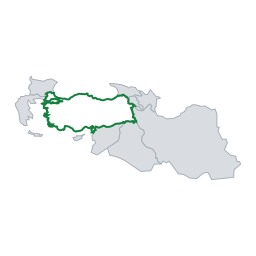 Turkey shown with its bordering countries
{"feature_id": "TUR", "entity_name": "Turkey", "entity_type": "country or territory", "adm_level": 0, "iso_a3": "TUR", "parent_name": "Asia", "parent_adm1": "", "projection": "orthographic", "projection_center": [34.29, 38.962], "detail": "fine", "context": "with_neighbors", "style": "outline", "palette": "green", "viewbox_px": 256, "rotation_deg": 0, "n_neighbors": 9, "source": "natural_earth", "source_scale": "50m", "svg_char_len": 9123}
<svg xmlns="http://www.w3.org/2000/svg" viewBox="0 0 256 256"><path d="M109.8,155.3L107.3,147.8L118.5,140.5L120.0,132.8L119.2,128.2L121.8,126.4L124.0,122.3L126.1,121.1L132.0,121.3L133.9,122.7L136.1,121.4L140.2,128.5L143.7,130.0L144.5,133.6L142.2,136.1L141.6,141.1L145.8,146.6L152.6,149.1L155.9,153.5L155.6,158.1L157.3,157.8L157.7,161.1L161.1,163.9L154.2,164.2L150.9,170.7L140.8,171.4L124.6,160.4L116.3,156.6L109.8,155.3Z" fill="#d9dde1" stroke="#a8b0b8" stroke-width="1"/><path d="M161.1,163.9L157.7,161.1L157.3,157.8L155.6,158.1L155.9,153.5L152.6,149.1L145.8,146.6L141.6,141.1L142.2,136.1L144.5,133.6L143.7,130.0L140.2,128.5L132.9,116.7L133.6,114.6L131.3,107.6L134.4,105.4L135.5,107.7L138.2,110.3L141.7,110.7L143.4,110.3L148.4,104.9L150.1,104.1L151.8,105.8L150.6,109.1L154.1,111.9L155.2,111.4L157.5,115.8L162.3,116.3L166.2,118.8L173.3,118.5L180.4,115.3L180.6,113.7L184.5,111.6L187.0,107.2L190.2,106.6L191.9,105.0L195.3,104.7L201.2,106.4L205.0,106.0L211.7,109.9L215.1,109.0L216.9,114.0L216.9,127.0L219.2,127.2L218.1,131.2L222.2,139.3L226.0,139.1L227.4,142.9L224.3,149.7L230.3,155.1L235.6,156.2L237.0,161.4L239.6,161.6L240.6,164.2L234.1,169.7L233.7,177.3L211.7,179.6L208.2,172.7L205.5,172.3L201.6,174.4L196.8,178.6L190.0,178.1L183.9,174.6L178.5,173.8L169.1,161.2L166.4,162.7L162.7,161.2L161.1,163.9Z" fill="#d9dde1" stroke="#a8b0b8" stroke-width="1"/><path d="M91.2,152.5L92.9,145.5L95.7,143.0L94.8,140.6L92.5,140.3L91.9,135.5L95.8,130.0L96.0,126.5L97.7,127.7L103.2,125.7L105.9,126.8L110.1,126.6L115.7,123.8L124.0,122.3L121.8,126.4L119.2,128.2L120.0,132.8L118.5,140.5L97.2,154.9L91.2,152.5Z" fill="#d9dde1" stroke="#a8b0b8" stroke-width="1"/><path d="M143.4,110.3L141.7,110.7L139.1,106.4L137.0,106.7L135.4,105.1L128.6,102.6L128.7,99.5L127.7,97.4L134.1,95.7L137.2,98.1L136.5,99.8L139.2,101.6L138.2,103.8L142.7,106.0L143.4,110.3Z" fill="#d9dde1" stroke="#a8b0b8" stroke-width="1"/><path d="M31.2,76.4L32.1,79.2L43.8,81.3L46.2,79.9L51.7,78.9L57.4,82.3L54.8,84.7L52.8,89.1L54.0,92.8L50.1,91.7L45.2,93.3L44.8,96.4L40.5,96.6L37.4,94.0L33.5,95.3L30.1,94.7L30.3,90.6L28.3,88.2L29.1,87.5L28.7,86.7L29.8,84.8L31.8,83.0L30.0,80.0L29.9,77.7L31.2,76.4Z" fill="#d9dde1" stroke="#a8b0b8" stroke-width="1"/><path d="M42.4,134.5L41.6,136.3L34.2,136.1L34.3,135.0L28.2,133.1L29.5,130.6L32.0,133.0L39.8,133.9L39.5,135.0L42.4,134.5ZM30.1,94.7L33.5,95.3L37.4,94.0L40.5,96.6L44.8,96.4L45.2,93.3L47.3,95.1L45.5,98.9L44.3,99.6L39.0,98.3L33.1,99.3L36.0,103.2L30.8,103.6L28.7,100.1L27.6,101.3L28.2,105.2L30.2,108.5L28.3,109.6L32.8,114.9L32.5,118.5L28.1,116.3L29.2,119.7L26.0,119.9L27.2,125.7L23.9,125.4L20.2,122.1L18.8,112.5L15.4,105.4L15.4,103.6L18.0,100.9L18.6,98.9L20.3,98.2L20.6,96.6L23.8,96.5L25.7,95.4L28.2,95.8L30.1,94.7Z" fill="#d9dde1" stroke="#a8b0b8" stroke-width="1"/><path d="M139.2,92.0L141.6,91.0L145.3,94.4L147.4,94.5L150.3,89.8L156.4,96.8L158.6,96.7L160.3,98.1L156.6,99.3L156.1,106.6L154.6,108.3L155.2,111.4L154.1,111.9L150.6,109.1L151.8,105.8L150.1,104.1L148.4,104.9L143.4,110.3L142.7,106.0L138.2,103.8L139.2,101.6L136.5,99.8L137.2,98.1L134.1,95.7L135.1,94.5L141.4,95.9L141.9,95.1L139.2,92.0ZM141.7,110.7L138.2,110.3L135.5,107.7L134.4,105.4L135.4,105.1L137.0,106.7L139.1,106.4L141.7,110.7Z" fill="#d9dde1" stroke="#a8b0b8" stroke-width="1"/><path d="M109.6,84.0L110.1,83.3L120.8,84.5L127.4,86.9L128.3,88.0L131.0,86.7L135.4,87.5L137.1,89.9L140.2,91.0L139.2,92.0L141.9,95.1L141.4,95.9L138.8,95.9L135.1,94.5L134.1,95.7L127.7,97.4L122.9,94.7L117.9,95.5L118.4,92.7L116.8,88.5L114.0,86.4L111.4,85.9L109.6,84.0Z" fill="#d9dde1" stroke="#a8b0b8" stroke-width="1"/><path d="M82.1,138.3L76.7,140.8L74.2,140.0L73.0,137.4L75.9,137.2L76.6,135.7L80.4,135.8L85.0,133.9L81.6,136.6L82.1,138.3Z" fill="#d9dde1" stroke="#a8b0b8" stroke-width="1"/><path d="M117.7,95.6L118.6,95.8L119.0,96.0L119.7,95.6L121.0,95.5L122.2,95.7L122.4,95.5L122.6,94.9L122.8,94.8L123.1,94.7L123.5,94.7L123.7,94.8L123.9,95.2L124.3,95.3L125.1,96.0L125.5,96.2L125.6,96.3L125.5,96.5L125.8,96.9L126.2,96.9L126.6,96.9L126.8,96.9L126.9,97.1L127.0,97.4L127.1,97.6L127.4,98.0L127.8,98.2L128.0,98.4L128.4,99.2L128.6,99.7L128.6,100.1L128.4,100.6L128.0,101.2L128.3,101.8L128.3,102.0L128.7,102.7L128.9,103.1L128.8,103.3L128.7,103.4L129.4,103.7L130.1,103.9L130.4,104.0L131.2,103.7L131.8,103.6L132.3,103.9L133.2,104.5L134.1,105.2L134.6,105.8L134.4,105.8L133.4,105.2L133.1,105.5L132.8,105.9L132.7,107.5L132.4,107.7L131.4,107.7L131.0,107.8L130.9,107.9L131.2,108.3L131.3,108.9L131.6,109.1L131.9,109.3L131.9,109.9L131.8,110.3L132.0,110.7L132.3,111.1L132.5,111.2L132.5,112.1L132.7,112.4L132.8,113.0L132.9,113.8L133.0,114.0L133.6,114.1L133.7,114.3L133.5,114.8L133.4,115.5L133.3,115.8L133.0,116.2L132.9,116.7L132.9,117.1L132.9,117.3L133.5,117.3L133.8,117.5L134.7,117.9L134.9,118.1L134.7,118.5L134.8,118.8L134.9,119.1L135.0,119.9L135.7,120.3L136.2,120.6L136.2,120.8L136.0,121.1L136.1,121.6L135.9,121.5L135.3,121.5L134.4,122.3L133.8,122.9L133.6,122.9L133.5,122.7L133.4,122.5L133.3,121.5L133.2,121.2L132.8,121.0L132.3,120.9L131.9,121.3L131.4,121.6L130.6,121.7L129.8,121.6L128.8,121.3L128.5,121.3L127.7,121.1L126.9,121.4L126.6,121.4L126.1,121.2L125.9,121.3L125.5,122.0L124.6,122.9L124.2,123.0L123.9,122.3L123.6,122.0L123.3,121.9L123.1,122.0L122.6,122.6L121.8,122.9L119.9,123.5L118.7,123.7L117.1,123.6L116.4,123.7L115.9,123.8L114.6,124.4L112.5,125.7L110.9,126.4L109.2,126.8L108.0,126.9L107.0,126.9L106.3,126.9L105.9,126.8L105.3,126.3L104.6,125.9L103.9,125.8L103.3,125.7L101.9,126.5L101.0,126.8L99.5,127.5L98.3,127.5L97.7,127.5L97.2,127.2L97.0,126.9L96.2,126.7L95.6,126.6L95.4,126.8L95.3,127.3L95.0,128.8L95.6,130.0L94.7,130.3L94.2,130.6L94.1,131.7L93.6,131.9L93.4,132.1L93.1,132.8L92.2,132.3L91.8,132.3L92.1,131.8L91.3,129.8L91.7,129.2L92.4,128.5L93.2,127.6L93.1,126.6L92.9,126.4L92.5,126.0L91.7,126.4L91.2,126.9L90.9,127.0L90.5,127.2L90.4,127.7L89.9,128.0L89.2,128.2L88.1,127.8L86.9,127.2L86.2,126.8L85.7,126.7L85.2,126.9L83.6,128.0L82.2,129.7L81.9,130.0L80.5,130.7L79.7,130.9L79.2,130.9L77.5,131.2L76.6,131.2L75.9,131.6L74.6,131.1L73.8,130.6L73.3,130.0L72.6,128.9L72.0,128.3L70.8,127.8L68.7,126.5L68.1,126.4L66.7,126.2L65.1,126.0L64.8,126.4L64.6,128.1L64.3,128.6L64.2,129.5L63.7,129.9L63.2,129.6L62.9,129.4L62.1,129.8L60.6,130.2L60.1,130.3L58.4,129.5L57.8,129.1L57.4,128.6L57.3,127.8L57.1,127.4L57.0,126.7L56.6,126.5L56.2,126.8L55.8,126.7L55.3,126.6L54.2,125.8L53.3,125.7L52.7,126.5L52.3,126.7L51.8,126.7L52.2,126.0L50.8,126.0L50.0,126.4L49.4,126.3L49.0,126.0L49.1,125.8L49.5,125.8L49.9,125.6L51.4,125.6L51.8,125.5L52.2,125.0L53.0,124.5L53.1,124.3L50.2,124.3L48.6,124.1L48.4,124.3L48.1,124.3L48.1,123.7L48.4,123.4L48.7,123.4L49.6,123.2L49.6,122.7L49.0,122.3L48.9,122.1L48.4,122.0L48.1,121.7L48.1,121.0L47.9,120.3L47.5,119.9L47.6,119.7L48.3,119.6L48.5,118.6L48.5,118.0L48.1,117.9L47.1,117.3L46.8,117.4L46.4,116.8L45.9,116.4L45.5,116.5L45.3,116.6L45.1,116.5L44.6,116.2L44.2,115.9L44.0,115.7L44.3,115.1L44.6,115.2L44.7,114.7L44.5,113.9L44.6,113.6L44.9,113.5L45.3,113.6L45.6,114.1L45.7,114.5L45.5,114.9L45.7,115.4L45.9,115.5L46.0,115.1L46.4,115.2L46.8,115.3L48.0,115.2L48.3,115.0L47.4,114.9L47.1,114.7L46.8,114.2L46.6,113.7L46.5,113.2L47.3,112.8L47.8,112.2L47.6,111.9L47.4,111.8L47.1,111.9L46.9,111.6L46.9,111.3L47.1,111.0L47.2,110.7L46.4,109.5L46.6,109.2L47.1,108.7L47.7,108.1L47.6,107.9L47.3,107.8L45.6,107.9L44.9,108.1L43.8,108.1L43.7,107.8L43.8,107.5L44.1,107.0L44.2,105.6L44.4,104.9L45.0,104.7L45.9,103.7L47.3,102.5L48.6,102.6L49.1,102.3L49.9,102.4L50.1,102.9L50.8,103.3L52.0,103.3L52.6,103.0L52.1,102.4L52.3,102.2L52.8,102.2L53.3,102.4L53.3,102.5L53.2,102.7L53.0,103.1L54.7,103.0L56.3,103.3L56.9,103.3L58.2,103.3L58.4,103.1L58.0,102.8L57.6,102.7L57.2,102.4L58.0,101.8L58.5,101.7L60.7,101.5L62.3,101.4L62.3,101.2L60.0,100.8L59.5,100.5L58.9,99.9L58.6,99.5L58.9,98.4L59.1,98.1L60.0,98.1L62.8,98.8L64.8,98.6L67.0,99.4L69.1,99.3L69.6,99.0L70.1,98.0L73.1,96.4L74.2,95.5L75.3,95.0L77.2,94.5L78.8,93.8L79.3,93.8L83.1,94.1L85.7,94.2L86.9,93.5L87.6,93.7L87.6,93.9L87.5,94.2L87.5,94.6L87.9,95.2L88.3,95.6L89.6,96.2L91.3,95.6L91.9,95.8L92.5,97.4L93.0,98.0L93.6,98.4L94.1,98.4L94.5,98.0L94.8,97.8L95.4,97.8L96.4,98.3L96.8,98.9L98.5,99.2L100.1,99.4L100.8,99.9L103.1,100.3L103.9,100.1L105.3,99.6L108.0,98.9L109.9,99.5L110.4,99.6L110.8,99.5L111.4,99.7L112.1,99.5L114.0,98.5L114.6,97.9L115.2,97.7L115.8,97.4L117.3,96.2L117.7,95.6ZM54.1,93.1L53.9,93.8L54.2,94.6L54.8,95.8L55.4,96.4L58.2,97.9L58.7,98.1L58.6,98.6L58.4,99.1L58.1,99.4L57.3,99.6L55.0,98.8L54.5,98.7L54.0,98.8L53.2,99.2L52.4,99.0L51.2,99.2L50.8,100.0L49.9,100.9L48.5,101.6L47.5,101.9L45.9,103.3L45.2,104.1L44.5,104.3L44.7,103.9L44.9,103.6L44.9,103.3L44.9,102.8L45.5,102.4L45.9,102.1L47.3,101.6L47.7,101.1L46.6,101.0L45.6,101.1L45.0,100.9L44.4,100.9L44.1,100.2L44.5,100.0L44.9,99.6L45.7,98.9L45.8,98.6L45.8,98.3L45.7,98.2L45.8,97.1L46.9,96.5L47.2,96.4L47.3,96.2L47.3,95.5L47.2,94.9L46.8,94.6L46.5,94.2L46.1,94.0L46.1,93.9L46.1,93.7L46.3,93.5L47.0,93.4L47.4,92.7L47.6,92.6L48.4,92.6L48.8,92.5L49.3,92.3L49.5,92.2L50.3,92.1L50.6,92.0L50.8,92.1L51.6,93.0L51.8,93.2L52.5,93.0L53.1,93.1L53.3,92.9L53.5,92.9L54.1,93.1ZM43.5,103.8L42.4,103.9L42.0,103.7L42.4,103.4L43.1,103.2L43.3,103.2L43.5,103.6L43.5,103.8Z" fill="none" stroke="#15803d" stroke-width="2"/></svg>